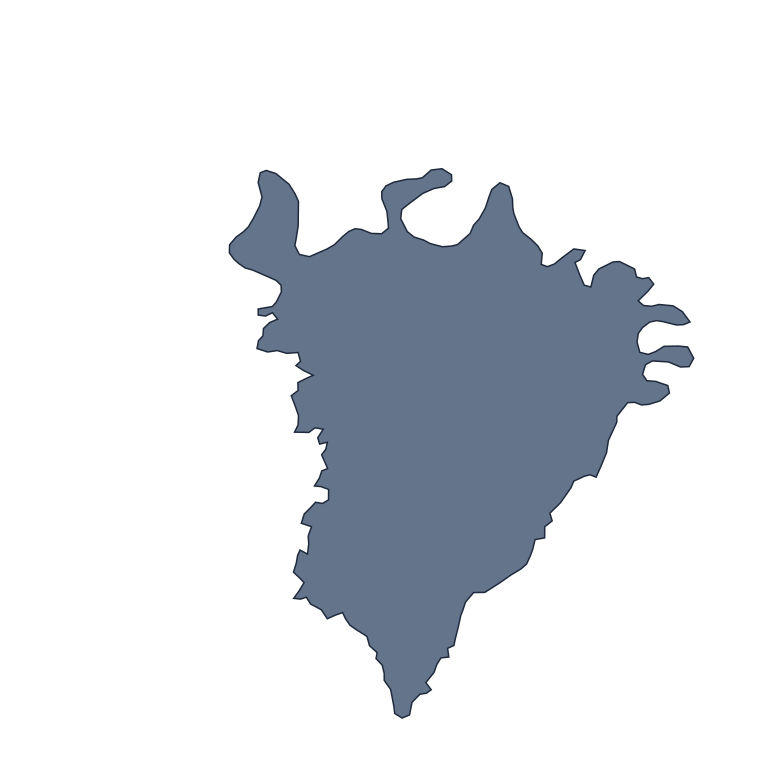 Verê, Paraná, Brazil, rotated 309°
{"feature_id": "56859067B42853932915842", "entity_name": "Verê", "entity_type": "district", "adm_level": 2, "iso_a3": "BRA", "parent_name": "Brazil", "parent_adm1": "Paraná", "projection": "albers", "projection_center": [-52.953, -25.848], "detail": "fine", "context": "isolated", "style": "filled", "palette": "slate", "viewbox_px": 768, "rotation_deg": 309, "n_neighbors": 0, "source": "geoboundaries", "source_scale": "gbopen_adm2", "svg_char_len": 3327}
<svg xmlns="http://www.w3.org/2000/svg" viewBox="0 0 768 768"><g transform="rotate(309 384 384)"><path d="M160.6,448.7L164.3,454.5L169.4,457.8L166.8,465.6L169.1,477.3L165.9,487.7L173.5,491.5L180.3,495.7L177.2,502.2L175.1,509.5L175.7,517.8L177.1,529.7L171.5,537.4L170.9,547.7L165.6,550.6L164.4,559.5L159.2,566.3L153.8,570.7L150.8,581.4L144.2,589.2L139.2,595.1L134.7,599.6L135.8,608.3L142.9,612.1L154.2,606.1L165.6,607.2L170.4,611.6L176.1,613.1L178.3,604.4L191.3,604.4L199.2,601.6L206.9,600.6L212.6,606.2L218.6,599.8L224.8,602.9L230.8,599.8L242.8,594.2L252.3,589.4L257.9,587.6L265.7,584.6L278.3,584.9L285.5,593.5L303.0,599.3L316.0,603.0L326.4,606.8L333.8,608.1L342.0,606.0L348.9,603.7L358.2,599.3L365.5,605.7L374.2,598.8L383.5,600.8L388.0,594.2L402.8,595.9L421.1,594.6L427.9,592.6L438.3,597.7L443.1,601.2L445.1,607.5L458.2,603.9L470.8,600.1L481.4,593.9L500.7,589.0L505.5,585.3L522.9,585.1L527.5,590.4L529.8,597.3L534.8,602.6L544.5,609.1L556.6,611.5L561.4,605.5L557.0,593.5L552.0,586.2L554.2,578.9L563.6,575.1L570.8,578.0L580.1,591.1L583.8,603.7L589.5,610.2L598.9,608.5L603.9,596.7L598.9,589.1L589.5,577.9L579.8,574.5L573.3,570.7L569.6,562.9L575.8,554.3L583.3,549.8L590.8,549.4L599.5,551.6L604.9,556.1L607.9,561.3L613.9,574.1L618.6,579.4L624.8,582.8L628.0,570.3L626.7,559.5L618.9,547.7L612.9,543.2L608.3,536.2L608.6,529.2L622.0,530.7L631.3,530.8L633.3,522.8L628.5,518.6L626.1,512.9L631.1,506.4L627.4,490.0L623.0,485.2L608.7,478.6L600.6,478.5L589.6,483.7L586.8,477.5L591.7,468.0L598.6,456.0L604.2,458.4L614.3,456.3L608.4,446.5L593.3,442.7L584.5,440.9L578.0,437.1L575.9,430.9L585.2,424.7L588.1,416.7L589.0,407.6L588.9,396.5L591.2,389.9L594.9,383.4L598.1,377.8L602.2,373.0L608.7,367.4L616.0,356.6L613.4,347.5L603.1,345.3L595.3,347.9L584.3,352.1L572.1,354.1L563.7,353.7L555.2,356.2L538.6,353.4L533.6,349.6L527.4,343.0L522.2,331.5L520.8,324.2L517.1,314.8L517.1,306.2L523.0,292.9L530.8,288.0L540.8,290.2L556.8,294.3L567.4,299.8L575.6,306.9L584.3,308.9L589.1,304.8L587.8,293.6L580.0,286.0L568.4,284.0L563.8,280.1L557.2,272.7L546.8,264.5L539.3,260.9L532.1,261.2L526.6,265.8L520.0,277.6L513.0,284.6L508.0,289.4L499.3,287.6L493.0,279.3L489.9,269.2L486.5,263.8L480.5,260.7L473.3,259.2L461.1,257.8L452.9,254.7L436.0,245.9L431.4,236.7L435.5,227.6L442.0,224.1L452.7,217.9L472.1,202.6L475.9,195.0L479.5,184.4L479.5,167.4L475.8,158.0L470.2,154.9L461.4,159.4L452.6,171.5L444.2,175.3L430.8,178.2L420.8,179.7L414.2,179.0L405.0,176.6L395.0,176.4L388.6,181.3L386.6,188.6L386.2,195.0L386.8,203.0L389.8,210.1L393.6,223.7L396.6,234.9L396.0,241.8L391.0,246.3L380.0,248.7L374.0,248.5L363.1,239.0L358.4,242.9L362.2,249.1L369.2,252.5L367.5,260.5L359.8,256.5L351.3,255.4L345.3,259.6L338.7,259.2L331.6,263.0L335.6,273.4L342.8,280.0L346.6,289.1L354.4,297.4L349.1,304.8L342.9,304.0L343.8,313.1L346.3,323.5L339.3,320.0L330.9,316.2L324.9,321.3L316.5,319.3L310.6,329.5L305.7,337.4L298.1,343.0L290.3,344.8L299.1,356.1L306.5,357.9L310.6,365.2L300.6,366.3L296.8,371.8L303.1,376.6L296.8,379.8L289.7,380.1L286.2,387.0L282.8,393.4L277.4,390.3L270.2,393.0L261.0,394.1L264.6,399.6L267.2,407.3L259.0,413.8L252.5,411.4L249.0,405.2L242.2,404.8L232.8,403.8L223.7,407.4L227.5,417.4L218.1,420.8L212.4,426.1L203.7,431.6L202.1,423.2L196.5,424.7L189.7,428.5L180.8,432.1L180.2,440.3L179.3,446.9L169.0,448.3L160.6,448.7Z" fill="#64748b" stroke="#1e293b" stroke-width="1.5"/></g></svg>